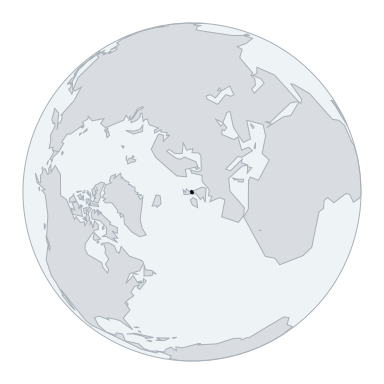 Scottish Borders on an orthographic globe, rotated 288°
{"feature_id": "GBR-2026", "entity_name": "Scottish Borders", "entity_type": "Unitary District", "adm_level": 1, "iso_a3": "GBR", "parent_name": "United Kingdom", "parent_adm1": "", "projection": "orthographic", "projection_center": [-2.709, 55.532], "detail": "fine", "context": "on_globe", "style": "filled", "palette": "ink", "viewbox_px": 384, "rotation_deg": 288, "n_neighbors": 0, "source": "natural_earth", "source_scale": "10m", "svg_char_len": 10816}
<svg xmlns="http://www.w3.org/2000/svg" viewBox="0 0 384 384"><g transform="rotate(288 192 192)"><circle cx="192" cy="192" r="169" fill="#eef3f6" stroke="#a8b0b8"/><path d="M29.4,237.8L27.4,229.7L27.5,227.6L26.6,222.2L29.6,222.9L30.2,212.7L29.5,208.5L27.9,208.3L26.8,192.3L28.3,182.3L34.4,137.2L37.1,130.4L40.4,125.4L58.9,97.1L43.3,117.5L47.3,109.8L53.7,100.6L53.9,101.5L63.2,91.3L69.1,84.0L82.4,74.3L96.4,71.5L92.3,74.7L96.1,74.0L101.6,70.1L104.3,67.7L125.0,62.2L144.1,53.3L147.4,48.7L148.9,51.4L153.2,41.7L161.7,37.1L153.7,43.6L154.2,45.3L160.9,42.6L162.8,43.8L167.2,43.3L168.9,45.1L164.1,49.1L165.1,50.4L169.8,48.5L174.5,49.3L167.4,51.9L174.9,53.7L168.2,61.4L148.1,68.1L146.0,74.9L129.6,88.8L132.7,89.4L128.5,95.5L130.5,98.6L126.9,100.6L131.7,101.4L134.6,99.0L137.6,98.6L139.1,100.3L134.8,103.0L133.4,102.6L132.9,104.3L130.1,105.0L132.3,105.6L126.8,108.9L134.3,108.2L131.8,113.0L127.6,114.5L125.3,111.0L109.9,106.6L104.9,107.6L100.2,112.3L97.0,127.9L92.7,130.7L88.8,136.8L92.4,136.7L96.7,131.9L102.5,133.6L107.2,127.9L110.2,127.9L116.0,123.6L118.0,128.1L116.8,134.8L112.1,138.6L111.4,141.8L118.3,141.4L111.7,152.1L111.3,165.4L109.2,168.0L101.0,166.6L95.1,158.0L84.5,157.4L94.3,161.8L89.0,168.5L89.4,171.4L91.4,173.6L94.5,172.7L93.3,176.0L83.2,172.5L84.1,169.5L87.3,170.5L84.5,166.6L77.6,164.9L75.5,168.7L67.4,162.9L65.8,165.7L63.2,166.2L66.3,162.1L60.5,169.5L50.7,165.6L42.7,178.2L47.4,163.2L47.2,156.8L46.1,150.5L44.7,152.4L45.3,142.2L42.5,138.0L36.5,143.9L32.3,153.8L32.2,164.1L34.4,163.2L35.6,169.7L29.8,174.7L31.1,188.5L28.2,194.7L27.9,202.1L29.8,207.2L31.3,215.3L34.1,215.4L37.9,220.1L36.2,226.2L39.7,224.5L40.9,231.3L49.4,244.4L48.3,244.7L55.3,262.6L65.6,276.8L68.0,283.6L66.5,284.9L70.6,289.3L70.7,291.0L89.8,307.5L101.6,318.0L102.5,323.1L95.3,323.4L95.0,329.2L83.7,321.7L84.0,321.9L74.5,313.4L65.7,304.3L57.6,294.4L50.3,284.0L43.8,273.1L38.1,261.7L33.3,250.0L29.4,237.8ZM40.0,181.3L41.7,200.4L38.5,193.3L39.5,193.8L39.6,188.1L38.9,179.5L36.7,173.7L40.0,181.3ZM46.0,181.2L45.5,178.4L46.3,180.7L46.0,181.2ZM105.2,66.6L101.5,69.9L95.9,73.1L98.7,70.1L105.2,66.6ZM116.2,61.4L115.1,63.1L110.9,63.3L112.9,62.3L116.2,61.4ZM149.3,45.3L145.9,47.0L148.5,44.9L149.3,45.3ZM167.5,42.9L167.8,42.1L169.9,42.2L167.5,42.9ZM114.6,121.5L115.3,122.6L113.8,122.8L114.6,121.5ZM116.4,118.8L114.2,118.3L114.8,117.0L116.1,117.3L116.4,118.8ZM174.5,45.2L177.8,45.8L173.6,45.8L174.5,45.2ZM119.0,119.7L116.0,114.7L117.1,112.3L123.1,111.6L119.0,119.7ZM179.2,46.6L187.2,48.3L188.6,46.5L189.1,52.8L182.1,49.1L176.8,49.4L179.6,48.0L179.2,46.6ZM134.9,97.5L131.8,100.1L133.0,96.4L134.9,97.5ZM134.9,95.3L134.1,85.1L139.4,82.3L138.6,86.2L144.2,81.5L147.2,85.1L144.7,88.5L140.7,89.5L144.9,90.2L134.9,95.3ZM188.1,56.2L189.4,57.3L187.1,56.9L188.1,56.2ZM139.0,98.2L138.3,96.3L142.8,93.7L144.9,97.0L142.8,96.8L139.0,98.2ZM144.3,78.6L148.0,77.4L151.4,79.9L153.3,79.8L147.7,85.0L144.3,78.6ZM142.5,98.2L145.8,98.8L145.1,101.6L139.9,99.9L142.5,98.2ZM143.1,91.6L145.4,90.6L144.8,92.2L143.1,91.6ZM144.2,112.3L143.3,109.9L145.6,108.3L144.2,112.3ZM147.1,98.9L147.4,97.9L148.2,97.1L150.1,98.1L147.1,98.9ZM150.5,86.5L151.1,87.9L152.9,84.5L155.6,86.5L151.3,89.6L154.3,89.1L155.1,89.7L150.7,91.6L150.5,86.5ZM154.5,96.6L150.1,101.5L151.2,106.2L149.2,107.7L147.8,99.9L154.5,96.6ZM152.7,93.5L153.4,95.7L150.5,96.3L148.3,95.2L152.7,93.5ZM158.8,86.7L155.9,82.9L156.9,82.4L158.8,86.7ZM155.4,97.8L156.5,96.6L155.8,98.1L155.4,97.8ZM158.4,89.9L157.2,88.6L158.4,88.0L158.4,89.9ZM159.6,95.4L158.1,96.9L156.6,96.2L159.6,95.4ZM159.5,92.8L161.4,92.3L156.9,95.0L158.8,92.3L159.5,92.8ZM159.7,89.6L160.1,88.8L160.1,90.2L159.7,89.6ZM166.3,97.6L161.0,101.1L157.5,99.3L163.2,96.1L166.3,97.6ZM351.2,135.3L352.3,139.8L355.2,148.2L355.0,147.7L356.2,152.3L356.3,152.6L354.3,145.9L351.2,141.3L353.2,149.5L351.3,145.9L347.4,145.8L349.2,157.7L353.3,182.1L356.8,192.5L356.9,202.1L349.8,197.5L344.2,190.0L343.1,195.6L334.5,195.9L323.9,213.0L321.1,211.8L319.4,216.5L313.2,219.3L308.4,216.8L305.2,220.7L317.6,227.0L320.9,222.7L321.8,213.6L324.8,217.1L330.7,215.2L328.8,234.2L311.0,265.2L307.1,258.1L282.4,244.8L282.0,241.2L281.8,240.9L281.4,240.4L281.3,246.6L276.3,243.2L291.8,255.7L295.3,262.3L310.8,265.9L309.8,268.3L314.2,267.5L325.4,252.5L325.9,255.3L321.9,273.4L304.5,303.1L305.6,309.6L302.3,316.7L288.8,328.4L287.3,331.0L279.9,335.9L277.7,337.6L274.3,339.6L259.0,347.1L243.0,353.1L243.4,352.9L238.3,353.5L232.1,348.7L238.5,342.7L237.9,338.7L225.7,330.3L228.5,322.7L224.7,320.2L217.2,322.2L212.6,319.0L207.8,319.4L176.5,323.0L165.8,317.2L149.9,297.9L154.7,291.1L153.4,281.6L184.3,249.0L193.3,250.8L220.4,242.2L224.2,242.8L223.7,251.6L246.2,255.5L250.3,246.8L268.0,244.7L278.1,238.8L277.1,221.9L260.5,231.3L255.0,225.4L266.2,211.5L280.3,203.3L278.6,200.7L267.5,199.9L268.5,192.2L263.4,199.1L267.1,200.6L264.0,205.1L260.4,204.1L260.9,201.3L256.0,202.4L254.9,215.8L258.6,218.7L247.2,226.3L252.2,232.1L249.9,236.7L240.5,228.7L239.8,224.6L224.2,217.0L224.0,222.0L238.7,229.6L235.1,229.9L234.9,237.1L232.2,231.8L216.3,222.7L204.5,227.9L193.3,246.6L185.6,248.5L177.4,245.4L177.6,227.9L194.8,225.7L195.1,219.9L188.3,212.1L194.1,212.2L193.5,208.9L199.6,207.7L205.1,198.5L210.9,196.4L209.9,185.9L212.7,183.5L212.5,190.4L215.4,194.2L229.4,189.2L231.2,186.1L229.4,179.8L233.5,179.4L230.0,174.0L236.5,168.3L225.7,170.8L223.3,163.9L225.5,157.0L222.8,155.3L219.2,166.7L219.5,170.9L222.9,173.8L222.0,186.3L217.9,189.6L211.4,178.6L204.8,182.2L202.6,172.5L213.7,146.8L220.0,140.0L236.8,142.2L237.2,147.3L231.3,149.0L239.6,153.4L237.5,150.2L240.9,150.0L239.5,143.8L241.8,143.4L236.5,138.2L239.2,137.1L242.5,140.4L242.8,130.6L247.5,126.9L246.5,124.9L244.0,123.8L251.7,120.0L250.6,118.7L247.6,119.5L243.4,117.5L239.0,112.7L242.0,111.6L243.9,113.2L252.4,115.2L257.2,119.9L258.0,119.0L254.5,114.7L244.1,112.2L240.7,109.6L245.6,110.0L243.5,109.7L242.7,108.1L244.6,105.6L239.2,104.9L226.4,89.9L228.9,83.9L234.7,85.7L228.8,75.1L232.0,69.9L229.3,70.5L224.6,66.2L223.5,67.7L221.9,67.7L209.4,58.3L208.7,55.5L200.2,52.8L198.8,53.2L198.8,55.0L189.1,52.8L188.6,46.5L191.8,45.9L189.3,42.6L197.1,41.8L202.3,39.9L212.2,41.4L215.4,40.0L214.0,38.9L217.5,36.4L229.2,35.6L225.8,40.9L209.3,44.5L216.5,43.3L216.7,45.1L220.4,45.7L225.3,44.8L224.8,43.8L242.0,51.4L257.5,54.3L252.0,49.7L252.7,47.3L265.6,48.2L291.1,61.7L292.3,59.8L295.1,61.1L300.1,65.3L296.2,63.6L297.6,66.4L294.6,64.9L301.3,71.7L297.4,70.0L304.5,76.4L306.2,75.9L301.8,70.3L309.7,77.0L310.3,74.4L314.8,77.4L328.8,93.5L336.3,105.4L337.7,107.4L338.3,109.8L342.7,117.9L344.3,118.8L351.2,135.3ZM176.6,267.2L176.5,270.3L176.6,267.2ZM297.4,201.8L304.4,195.2L297.4,188.9L299.6,185.9L296.4,185.0L296.9,188.5L288.7,185.2L290.3,179.3L287.5,175.8L285.0,177.9L283.3,189.4L295.1,194.0L295.1,199.5L297.4,201.8ZM49.8,244.7L50.6,247.4L49.1,245.4L49.8,244.7ZM36.8,194.8L37.7,197.8L37.8,200.3L36.9,198.4L36.8,194.8ZM47.5,218.7L49.2,222.4L46.9,219.6L47.5,218.7ZM42.3,203.2L46.2,216.0L42.0,211.3L39.7,203.3L41.9,207.3L42.3,203.2ZM43.1,183.5L43.4,185.8L42.5,186.4L43.1,183.5ZM46.6,182.9L46.2,182.3L46.6,180.5L46.6,182.9ZM89.7,168.7L90.4,169.1L91.9,171.7L90.1,171.4L89.7,168.7ZM104.9,178.3L102.7,183.5L103.1,179.5L100.2,179.9L97.3,172.3L108.1,168.9L103.7,171.7L104.9,178.3ZM96.5,161.6L97.1,166.6L96.0,161.3L96.5,161.6ZM183.8,192.9L187.0,194.8L186.1,198.9L178.8,202.2L179.9,196.3L183.8,192.9ZM191.6,196.6L187.2,185.2L191.5,182.9L189.8,186.0L193.2,185.6L191.3,190.7L199.8,200.0L199.7,204.3L186.2,207.7L190.7,204.1L187.4,202.3L191.6,196.6ZM168.1,162.6L166.3,158.4L178.2,158.8L178.6,162.8L171.3,166.2L166.6,163.5L168.1,162.6ZM130.2,119.8L128.7,118.6L129.9,117.8L132.2,118.1L130.2,119.8ZM143.6,111.3L137.9,124.1L135.9,123.4L135.0,132.1L129.4,133.7L130.2,127.9L125.2,135.8L123.7,131.2L120.9,136.9L123.2,123.9L121.7,120.3L125.5,123.6L130.7,122.2L132.5,120.6L136.3,113.3L135.5,105.2L140.5,102.8L144.3,103.3L145.2,104.8L141.7,105.8L145.5,107.2L141.1,109.9L143.6,111.3ZM185.3,113.9L180.8,113.8L187.8,118.3L183.4,120.5L184.5,120.9L182.4,124.2L181.7,129.0L179.3,129.4L180.0,131.2L178.7,133.5L178.9,136.1L174.7,137.8L174.7,141.1L172.7,140.1L173.7,145.4L171.1,142.2L169.1,145.2L172.7,146.7L149.7,151.2L142.0,155.9L137.1,161.8L133.3,156.0L135.4,147.0L140.9,137.7L148.8,134.1L145.6,132.3L148.5,130.1L149.8,132.4L149.5,127.5L152.1,126.4L157.0,119.0L154.9,113.0L156.6,110.2L158.8,112.0L159.0,108.0L164.3,109.6L165.7,107.8L172.2,107.7L175.7,112.4L176.9,110.0L182.0,110.0L185.3,113.9ZM168.2,97.7L173.3,102.6L173.4,106.3L161.9,105.1L159.9,106.5L152.5,106.1L152.5,100.9L154.6,101.4L156.7,100.8L155.9,102.7L158.1,100.7L161.0,101.4L163.5,100.1L164.5,102.0L168.2,97.7ZM227.0,238.7L229.7,238.3L233.5,236.8L233.5,241.4L227.0,238.7ZM216.1,232.7L218.3,231.5L220.1,237.1L217.3,237.6L216.1,232.7ZM217.9,226.4L218.2,231.0L216.4,228.8L217.9,226.4ZM214.4,189.1L216.5,187.6L217.3,188.9L216.9,191.5L214.4,189.1ZM205.1,128.8L202.5,127.9L202.7,126.8L198.9,122.3L201.8,120.5L205.3,122.5L205.1,128.8ZM275.1,226.3L273.2,230.9L271.2,230.4L272.3,228.9L275.1,226.3ZM253.0,237.5L258.8,237.1L252.9,238.8L253.0,237.5ZM207.6,126.1L205.7,124.4L208.4,124.5L207.6,126.1ZM203.8,118.9L206.6,118.6L201.8,119.7L203.8,118.9ZM304.5,318.1L303.5,318.9L304.6,317.7L311.0,309.7L318.0,302.0L322.0,296.0L322.5,297.7L311.0,312.0L304.5,318.1ZM357.2,192.8L359.1,194.8L358.8,198.8L357.2,192.8ZM339.3,109.7L341.2,113.5L340.5,112.5L337.5,107.0L339.3,109.7ZM318.3,80.3L321.3,83.4L322.7,85.0L322.2,84.6L318.3,80.3ZM230.0,110.0L232.0,118.1L235.5,123.1L240.4,124.6L234.3,126.2L229.0,118.4L230.0,110.0ZM226.6,92.4L222.2,91.4L223.4,89.8L224.6,89.7L226.6,92.4ZM224.4,93.3L220.3,96.1L217.4,94.3L221.2,92.4L224.4,93.3ZM214.2,110.8L214.5,113.3L212.4,113.0L214.2,110.8ZM291.3,56.4L289.9,55.9L286.7,53.5L288.6,54.5L291.3,56.4ZM275.2,46.0L285.4,52.8L293.4,58.8L292.5,57.7L297.2,60.7L296.8,61.4L288.8,55.9L283.3,51.7L279.4,49.9L273.5,46.4L270.0,45.8L266.4,44.1L267.9,43.6L275.2,46.0ZM268.7,45.7L260.4,44.1L255.9,40.7L256.7,40.2L262.4,42.3L264.4,44.0L268.7,45.7ZM257.1,42.8L259.0,44.6L250.8,47.7L247.9,47.5L251.8,42.9L253.8,44.3L256.6,44.3L257.1,42.8ZM190.6,56.4L189.5,57.2L189.4,56.0L190.6,56.4ZM221.4,68.7L219.1,68.5L219.1,67.0L221.4,68.7ZM212.7,67.2L214.4,69.1L211.4,67.5L212.7,67.2ZM218.2,73.2L214.5,70.0L219.8,72.5L218.2,73.2Z" fill="#d9dde1" stroke="#a8b0b8" stroke-width="1"/><path d="M193.1,191.2L193.0,191.3L192.9,191.4L192.9,191.5L192.7,191.7L192.7,191.8L192.8,191.9L192.8,192.0L192.9,192.3L192.7,192.3L192.6,192.5L192.4,192.5L192.2,192.8L192.0,193.0L191.9,193.1L191.7,193.2L191.7,192.9L191.7,192.7L191.5,192.8L191.5,192.7L191.5,192.8L191.4,192.7L191.2,192.5L191.0,192.4L190.9,192.3L190.7,192.4L190.7,192.1L190.7,191.9L190.7,191.7L190.9,191.5L190.8,191.4L190.8,191.2L191.0,191.2L191.0,191.3L191.2,191.2L191.2,191.3L191.3,191.4L191.3,191.5L191.4,191.4L191.6,191.2L191.6,191.3L191.7,191.2L191.8,191.2L192.0,191.1L192.3,191.1L192.5,191.0L192.5,190.9L192.9,190.9L193.0,190.9L193.0,191.0L193.1,191.2Z" fill="#0f172a" stroke="#020617" stroke-width="1.5"/></g></svg>